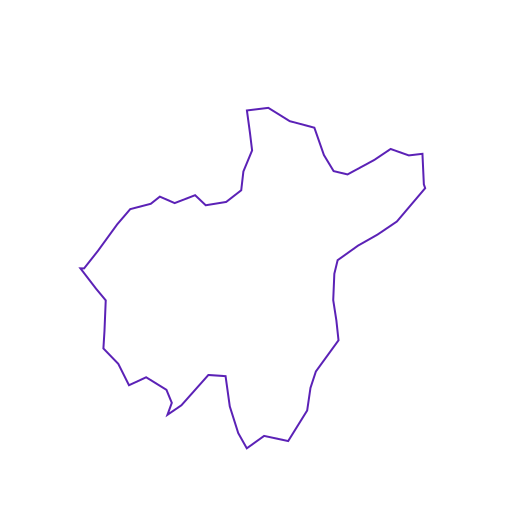 the district of Hörby, Skåne, Sweden, rotated 306°
{"feature_id": "70781695B77585109803763", "entity_name": "Hörby", "entity_type": "district", "adm_level": 2, "iso_a3": "SWE", "parent_name": "Sweden", "parent_adm1": "Skåne", "projection": "natural_earth1", "projection_center": [13.763, 55.867], "detail": "fine", "context": "isolated", "style": "outline", "palette": "violet", "viewbox_px": 512, "rotation_deg": 306, "n_neighbors": 0, "source": "geoboundaries", "source_scale": "gbopen_adm2", "svg_char_len": 853}
<svg xmlns="http://www.w3.org/2000/svg" viewBox="0 0 512 512"><g transform="rotate(306 256 256)"><path d="M142.8,121.2L135.5,145.9L131.8,160.5L106.1,177.6L91.5,186.9L87.8,208.0L76.8,229.2L93.3,238.4L95.1,262.2L87.7,274.2L75.5,277.7L91.4,283.4L131.7,287.4L140.9,302.0L118.9,323.2L102.3,345.7L95.0,361.6L115.2,368.3L125.2,390.8L161.1,388.2L181.3,377.6L197.8,372.3L236.3,372.3L251.0,359.0L265.7,344.4L287.7,329.8L300.6,324.5L324.5,332.5L344.7,341.7L366.7,349.7L410.3,353.0L412.6,349.7L436.5,330.6L427.2,320.5L421.7,302.0L403.4,295.3L375.8,282.1L370.3,268.9L377.6,251.6L394.1,227.8L384.9,204.0L383.1,178.9L368.4,163.1L351.9,178.9L339.1,190.8L317.0,196.1L300.5,205.4L282.2,200.1L267.5,185.5L269.4,171.0L251.0,159.1L247.5,143.3L236.4,140.2L220.0,126.7L200.1,125.1L167.2,125.1L144.9,124.2L142.8,121.2Z" fill="none" stroke="#5b21b6" stroke-width="2"/></g></svg>